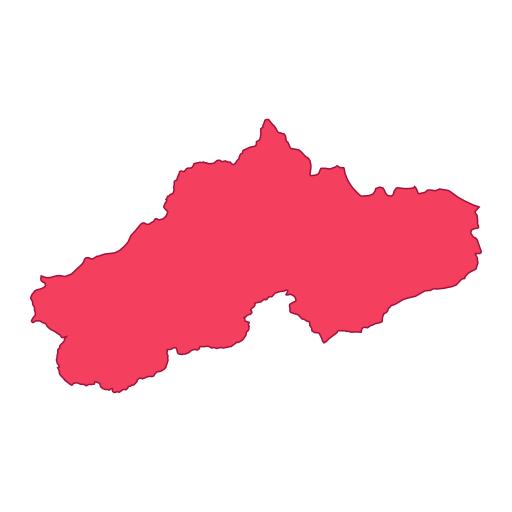 Muong Lat, Thanh Hóa, Vietnam (Mercator projection)
{"feature_id": "81297802B72565329345275", "entity_name": "Muong Lat", "entity_type": "district", "adm_level": 2, "iso_a3": "VNM", "parent_name": "Vietnam", "parent_adm1": "Thanh Hóa", "projection": "mercator", "projection_center": [104.609, 20.511], "detail": "fine", "context": "isolated", "style": "filled", "palette": "rose", "viewbox_px": 512, "rotation_deg": 0, "n_neighbors": 0, "source": "geoboundaries", "source_scale": "gbopen_adm2", "svg_char_len": 6038}
<svg xmlns="http://www.w3.org/2000/svg" viewBox="0 0 512 512"><path d="M414.6,186.5L414.0,187.5L412.0,188.2L409.5,188.5L404.9,188.6L397.8,187.8L396.2,188.2L394.1,191.2L393.4,194.2L392.7,195.2L391.4,196.0L388.1,195.7L387.2,195.1L385.3,192.6L384.4,190.2L382.8,187.9L379.5,187.2L375.8,188.6L374.9,191.3L372.9,194.1L368.5,195.7L361.2,196.1L358.9,194.4L352.5,187.7L349.3,183.0L347.1,178.8L345.3,174.2L344.8,172.7L344.2,168.7L343.7,167.7L340.2,167.7L337.1,165.8L334.9,167.3L332.5,168.0L330.4,169.0L325.1,168.3L321.2,168.3L320.7,168.7L318.6,173.7L316.0,175.0L310.8,175.7L310.3,175.1L310.0,174.1L310.9,168.0L310.9,165.1L310.0,160.7L308.4,158.3L305.5,156.5L301.0,151.6L298.7,149.8L291.1,148.5L290.3,147.9L288.0,142.4L286.3,141.1L285.5,135.9L284.1,133.9L281.9,133.6L280.5,132.8L278.6,132.6L277.3,131.3L276.1,128.7L273.9,125.6L272.6,124.6L268.6,119.5L265.9,119.6L264.8,120.5L263.8,123.8L263.0,125.3L262.9,127.1L260.8,128.7L260.9,133.8L260.2,138.3L259.1,140.3L256.4,141.7L256.4,144.0L255.9,145.4L254.2,146.5L251.4,146.8L250.1,147.2L243.1,150.4L242.5,153.0L241.7,153.7L240.5,154.2L239.3,156.8L239.1,158.2L238.5,159.2L237.0,160.6L235.7,162.8L233.8,164.6L233.2,164.6L231.7,163.9L230.2,162.1L228.0,162.1L225.3,160.9L222.6,161.6L221.3,161.3L220.1,160.4L218.8,160.2L217.1,160.5L213.8,163.2L212.5,163.5L209.0,163.7L207.6,163.4L206.7,162.8L205.2,162.9L203.5,162.0L201.9,162.6L200.0,162.3L194.1,163.6L192.9,166.4L191.7,167.6L190.7,168.1L188.1,168.1L186.6,168.6L184.2,171.6L181.4,171.0L179.6,171.6L178.9,174.5L178.2,175.5L176.7,180.1L174.7,180.9L174.3,181.6L174.2,185.3L173.6,187.2L174.1,189.5L173.4,192.7L173.1,193.2L169.8,194.9L168.7,196.3L167.5,196.3L167.0,198.4L165.9,199.4L166.6,200.4L166.6,201.1L165.0,203.4L163.8,206.5L163.8,207.1L164.9,208.7L167.7,211.7L167.7,212.3L166.2,215.8L164.9,217.3L162.8,219.0L159.3,219.8L158.6,219.8L156.5,218.6L155.8,218.7L155.1,219.1L153.5,221.7L151.2,222.6L149.5,224.1L146.6,224.3L144.2,222.9L142.6,223.0L140.7,224.3L135.5,230.6L130.9,235.6L128.3,241.5L126.7,243.7L123.8,246.8L119.3,250.7L114.6,252.9L104.6,254.1L98.3,256.2L96.9,256.3L92.6,259.0L91.4,258.9L88.4,257.6L85.9,257.9L84.6,259.1L83.8,261.3L82.6,263.6L72.5,273.1L71.4,274.1L65.3,276.4L64.3,276.5L60.8,275.7L58.4,275.6L56.6,275.8L50.0,277.6L46.0,277.6L41.2,275.9L40.8,278.6L41.1,280.4L41.8,281.3L42.9,282.1L44.8,282.9L45.5,285.4L45.3,286.2L43.4,287.7L40.3,289.0L37.1,289.8L35.0,290.7L31.9,294.7L30.7,297.8L30.9,298.7L32.4,301.5L32.8,304.5L34.4,307.3L34.6,310.8L35.2,312.3L35.3,313.7L35.3,314.8L35.0,315.5L32.6,318.5L31.4,320.9L32.0,322.0L33.0,322.6L35.8,320.9L40.0,320.9L42.5,322.6L45.0,323.4L46.2,324.3L47.1,326.3L50.1,329.1L54.6,331.4L58.6,334.2L60.0,334.9L61.6,337.4L62.5,337.7L66.4,336.6L64.4,339.1L64.4,340.3L64.1,341.2L60.8,344.6L59.8,345.9L59.8,347.7L57.8,349.7L57.7,353.5L57.2,354.8L57.0,358.0L56.4,359.9L57.4,363.6L58.3,364.5L59.3,367.0L57.6,367.7L58.6,369.4L59.3,371.5L59.4,373.5L60.6,375.5L63.3,378.2L65.1,380.5L71.2,385.1L72.4,384.9L73.6,383.4L76.9,382.7L80.4,384.2L84.6,384.4L85.2,385.4L86.6,385.7L89.0,384.3L91.0,384.6L94.4,384.0L94.9,381.7L96.6,382.1L99.1,383.1L99.8,383.7L100.7,386.8L102.7,388.5L105.3,389.5L107.1,389.5L109.3,390.1L110.9,388.7L112.2,388.5L112.5,389.2L112.2,390.3L112.4,390.9L113.7,392.4L114.2,392.5L115.6,392.3L117.1,391.7L119.4,392.2L123.0,389.6L123.7,389.3L125.2,389.7L126.2,389.6L127.5,388.4L128.4,386.6L130.7,386.0L131.9,385.1L133.2,385.1L134.1,384.7L136.9,381.8L137.5,379.7L139.2,378.4L140.5,378.1L142.6,378.8L148.2,376.5L152.7,376.5L154.0,375.6L154.8,374.0L156.8,372.1L157.9,371.7L160.8,371.3L164.0,369.3L165.7,367.6L168.0,360.4L167.7,357.6L168.0,355.9L166.8,353.2L167.3,351.6L167.3,349.6L170.7,349.4L173.9,347.7L175.8,347.7L176.6,348.9L177.6,352.7L177.9,353.2L179.1,354.1L182.2,354.5L183.5,354.0L185.6,354.0L189.3,352.3L190.2,351.2L192.7,349.9L194.9,349.4L197.2,350.1L199.3,348.6L199.7,347.1L200.3,346.6L203.6,346.7L208.3,346.2L211.9,348.1L213.4,347.5L214.5,347.6L216.6,348.5L220.9,347.4L222.7,348.0L223.7,348.0L226.8,347.2L227.6,347.3L228.5,346.8L231.0,346.6L236.9,342.3L238.3,342.4L240.4,341.4L242.3,340.1L243.8,338.5L245.9,335.3L246.6,331.6L247.9,330.9L248.9,329.2L248.9,327.2L249.2,326.3L248.6,325.2L248.5,324.2L249.2,322.4L245.2,321.1L244.9,320.5L244.8,318.7L244.0,317.5L245.4,317.2L247.2,315.3L250.6,314.1L251.9,312.7L251.6,311.1L250.6,309.5L252.2,308.0L253.9,306.9L255.0,305.1L254.8,303.5L255.5,303.0L261.4,301.7L262.5,300.3L263.8,299.7L264.3,299.2L265.6,299.8L266.8,299.5L268.7,296.9L271.6,296.7L272.3,296.3L275.0,293.1L277.3,292.5L279.3,291.7L284.3,291.0L286.0,290.2L287.3,290.4L287.8,291.2L286.0,294.6L286.2,295.0L289.2,294.7L290.6,294.2L293.8,296.0L295.0,297.2L296.0,300.1L295.8,301.2L293.3,302.2L289.9,304.2L289.6,304.8L289.5,305.9L290.0,308.8L289.9,311.0L290.7,312.5L292.2,312.8L293.9,313.5L298.1,314.8L302.0,318.9L304.2,319.4L307.0,321.2L309.5,321.8L309.8,325.4L311.7,328.1L311.9,330.8L314.6,332.6L318.3,332.8L319.2,333.4L321.7,338.2L322.5,341.0L324.0,342.9L326.2,341.6L329.5,338.3L335.6,333.7L337.0,332.5L338.0,330.7L345.0,330.8L347.0,331.5L348.1,331.3L350.9,332.1L357.2,331.9L361.1,332.3L361.8,329.4L362.4,328.2L363.1,327.6L364.6,327.3L367.6,327.8L370.4,325.6L372.5,325.1L375.6,323.5L378.2,323.1L380.9,322.3L382.2,321.5L382.3,318.7L382.8,316.3L383.7,314.7L383.8,313.7L384.4,313.3L386.2,312.7L387.8,310.7L388.3,308.4L390.2,307.1L390.7,306.0L391.4,305.5L394.7,304.5L403.1,299.6L406.9,298.3L415.6,296.2L424.8,290.9L430.5,290.4L432.1,289.4L434.1,288.7L436.9,289.0L443.3,288.4L452.0,286.6L456.3,284.9L461.2,279.6L462.6,278.8L464.7,278.5L465.2,276.6L468.0,273.5L469.8,272.2L476.0,269.0L477.9,262.9L477.2,257.7L475.2,253.9L475.5,253.6L479.8,253.5L480.9,252.8L481.3,251.7L477.1,239.6L475.5,237.9L473.5,237.2L470.9,233.4L470.8,232.8L471.4,230.1L473.8,228.9L478.0,228.0L478.6,227.5L478.4,225.8L477.6,224.0L477.6,220.0L477.0,215.2L475.3,213.1L475.0,211.7L479.2,207.0L474.1,205.3L465.7,201.5L457.9,197.2L449.6,191.1L447.9,190.4L439.5,189.0L436.6,190.4L435.2,190.7L430.0,190.0L427.4,190.2L425.3,192.2L419.8,193.6L418.8,193.6L418.2,193.2L416.2,188.4L414.6,186.5Z" fill="#f43f5e" stroke="#9f1239" stroke-width="1.5"/></svg>